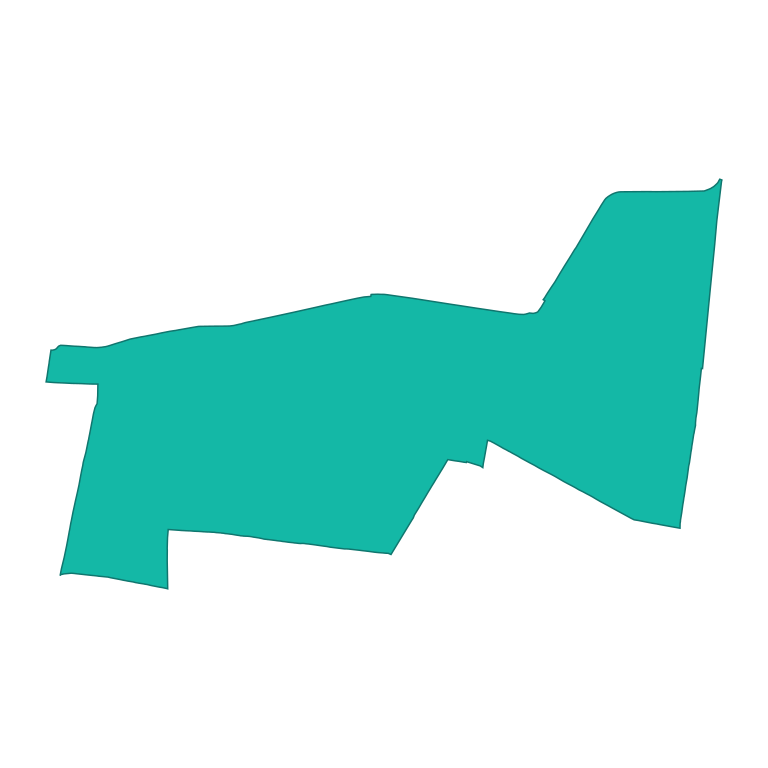 Iztacalco, Distrito Federal, Mexico (orthographic projection)
{"feature_id": "50627088B64976182761554", "entity_name": "Iztacalco", "entity_type": "district", "adm_level": 2, "iso_a3": "MEX", "parent_name": "Mexico", "parent_adm1": "Distrito Federal", "projection": "orthographic", "projection_center": [-99.097, 19.399], "detail": "fine", "context": "isolated", "style": "filled", "palette": "teal", "viewbox_px": 768, "rotation_deg": 0, "n_neighbors": 0, "source": "geoboundaries", "source_scale": "gbopen_adm2", "svg_char_len": 6033}
<svg xmlns="http://www.w3.org/2000/svg" viewBox="0 0 768 768"><path d="M721.9,180.0L719.8,179.2L719.0,180.5L718.4,181.7L717.8,182.7L716.9,183.7L715.5,185.0L714.3,186.1L713.3,186.9L712.5,187.3L711.6,187.9L710.8,188.4L709.7,188.9L708.5,189.4L707.1,189.9L705.6,190.5L704.7,190.8L704.2,191.0L688.1,191.4L656.4,191.7L647.2,191.6L621.5,191.8L620.9,191.8L618.6,192.0L616.8,192.4L614.3,193.2L612.0,194.2L609.8,195.5L608.1,196.6L605.9,198.4L604.6,200.0L601.3,205.1L598.8,209.3L592.8,219.0L592.0,220.4L585.1,232.2L576.7,246.5L576.3,247.2L575.6,248.3L574.8,249.3L572.6,252.9L570.6,256.2L567.1,261.8L564.4,266.1L561.6,270.7L560.0,273.3L558.6,275.7L555.0,281.8L553.1,284.6L551.2,287.4L548.4,291.7L546.6,294.5L545.7,296.0L544.8,297.5L543.2,299.7L544.8,300.6L545.0,300.8L541.2,307.2L537.7,312.0L535.5,312.9L533.2,313.4L529.4,313.0L528.6,313.3L525.4,314.2L523.2,314.5L522.6,314.4L521.7,314.4L519.0,314.3L514.0,313.7L510.2,313.1L500.1,311.7L486.7,309.7L477.2,308.3L459.0,305.5L452.3,304.5L412.5,298.3L390.5,295.2L387.0,294.7L384.5,294.4L379.5,294.3L377.9,294.2L375.3,294.3L371.7,294.4L371.1,294.5L370.8,296.4L363.9,297.0L357.5,298.2L345.8,300.7L339.0,302.2L331.4,303.9L325.5,305.1L315.0,307.5L308.3,309.0L293.5,312.3L270.5,317.3L245.3,322.6L242.9,323.3L242.2,323.5L241.6,323.8L239.8,324.1L233.8,325.5L229.7,326.0L225.7,326.1L211.8,326.2L198.6,326.4L191.5,327.6L187.6,328.3L180.3,329.6L179.5,329.7L175.4,330.5L174.5,330.6L169.8,331.3L161.6,332.9L156.1,334.1L141.7,336.8L141.4,336.8L135.6,338.0L135.0,338.1L130.1,339.1L126.4,340.3L124.9,340.8L123.0,341.4L121.1,342.0L119.7,342.4L115.4,343.7L109.8,345.5L107.5,346.2L105.4,346.7L103.1,347.0L101.3,347.3L100.8,347.3L98.6,347.5L96.9,347.6L96.4,347.6L93.3,347.5L92.3,347.4L89.3,347.2L87.6,347.1L85.0,346.8L83.0,346.7L81.5,346.6L78.8,346.4L74.2,346.2L70.0,345.9L66.5,345.6L62.9,345.4L60.7,345.3L58.9,346.0L58.0,346.8L57.0,348.0L55.6,349.3L53.8,349.9L52.2,350.2L51.0,350.1L49.3,361.2L49.1,363.1L48.5,366.7L47.1,376.2L46.1,381.9L53.3,382.5L57.2,382.7L62.0,382.9L66.6,383.1L72.1,383.4L77.1,383.5L81.2,383.6L85.4,383.8L90.2,384.0L97.9,384.1L97.7,395.7L97.1,403.7L96.1,405.4L95.0,407.7L93.8,412.4L93.4,414.1L92.0,421.7L91.7,423.1L90.3,430.6L90.1,431.7L88.8,438.3L88.6,439.5L88.2,441.0L86.1,451.4L85.8,452.8L83.5,461.3L83.1,463.1L82.8,465.3L81.8,469.9L80.7,475.6L80.4,477.3L79.0,485.0L77.4,492.4L76.0,498.5L75.6,500.2L73.5,509.9L73.1,511.6L71.3,520.9L70.8,523.1L69.8,528.9L69.2,531.9L68.9,533.6L67.8,539.6L66.6,545.9L64.2,557.4L61.4,568.9L60.1,575.7L60.6,574.7L63.9,573.9L71.2,573.2L73.7,573.4L78.0,573.9L81.8,574.3L85.3,574.7L89.0,575.1L92.8,575.5L94.0,575.6L96.8,575.9L98.7,576.2L101.0,576.4L104.0,576.7L105.0,576.8L108.2,577.1L109.2,577.4L109.5,577.4L110.0,577.6L113.1,578.2L118.9,579.3L119.3,579.4L120.0,579.5L123.7,580.3L125.5,580.6L126.9,580.9L127.9,581.1L128.6,581.2L132.2,581.8L133.4,582.0L135.2,582.5L135.7,582.6L137.5,582.9L139.1,583.2L139.8,583.3L143.6,583.9L145.0,584.2L147.1,584.5L150.7,585.4L152.1,585.7L154.7,586.2L155.7,586.4L159.2,587.1L162.4,587.6L166.6,588.5L167.7,588.8L167.4,571.1L167.2,560.6L167.3,550.0L167.2,548.6L167.5,537.8L168.2,529.5L179.4,530.3L181.7,530.5L184.1,530.6L185.5,530.7L187.8,530.8L190.5,530.9L194.0,531.2L196.4,531.3L198.7,531.4L201.8,531.6L203.9,531.8L204.6,531.8L205.9,531.9L206.8,531.9L207.1,532.0L207.7,532.0L208.1,532.0L209.0,532.0L210.6,532.1L212.0,532.2L214.3,532.3L215.6,532.5L216.4,532.6L218.0,532.7L219.3,532.8L220.8,532.9L221.8,533.1L223.3,533.2L224.2,533.4L225.4,533.6L226.8,533.7L227.7,533.8L229.2,534.0L229.9,534.1L231.9,534.3L232.4,534.4L234.7,534.8L235.2,534.9L237.8,535.3L239.3,535.5L240.6,535.8L242.2,535.9L243.7,536.1L245.9,536.2L246.4,536.2L248.3,536.3L249.2,536.4L250.2,536.5L252.0,536.8L253.4,537.1L254.8,537.3L255.5,537.4L257.4,537.7L258.8,537.9L260.7,538.3L262.5,538.7L264.0,539.1L266.9,539.4L267.2,539.5L267.4,539.5L268.0,539.5L268.3,539.6L268.6,539.6L276.5,540.6L276.8,540.7L280.7,541.1L282.1,541.4L283.7,541.6L284.1,541.6L288.3,542.2L291.1,542.5L293.1,542.7L293.7,542.8L294.1,542.9L296.4,543.1L297.3,543.2L297.9,543.3L298.8,543.4L300.4,543.5L302.5,543.4L304.3,543.5L305.5,543.7L307.3,543.9L307.8,543.9L310.0,544.2L312.4,544.5L315.3,544.9L319.4,545.5L323.6,546.1L326.8,546.5L329.8,547.1L344.4,548.9L345.8,548.9L348.2,549.0L358.9,550.2L362.0,550.6L365.5,551.0L368.8,551.4L371.7,551.8L374.6,552.2L377.4,552.5L379.6,552.7L382.5,552.9L385.6,553.2L388.2,553.3L391.0,554.5L411.8,520.2L413.1,518.2L413.8,516.6L414.2,515.3L418.6,508.2L419.3,507.0L422.1,502.2L424.9,497.6L428.2,492.0L430.1,488.9L431.7,486.2L433.9,482.7L434.6,481.5L436.1,479.0L439.0,474.3L440.5,471.8L442.0,469.4L443.5,466.9L445.1,464.2L446.2,462.3L447.8,459.6L452.5,460.4L455.6,460.9L458.7,461.3L461.7,461.8L463.9,462.2L464.7,462.3L465.6,462.4L466.4,462.5L466.7,461.6L468.0,462.1L480.2,465.9L482.8,467.6L483.3,463.6L484.5,457.4L485.0,454.5L485.2,453.5L485.8,450.0L486.5,446.2L487.5,440.3L490.6,441.2L491.2,441.6L494.3,443.2L494.8,443.5L497.7,445.1L500.7,446.8L501.2,447.1L503.4,448.4L505.0,449.2L506.2,449.8L509.0,451.4L509.6,451.6L512.2,453.1L513.3,453.7L515.2,454.7L517.2,455.8L517.8,456.1L521.4,458.3L526.0,460.8L530.4,463.2L530.8,463.4L534.6,465.4L538.7,467.8L543.7,470.5L547.8,472.6L551.5,474.5L555.0,476.4L563.7,481.5L568.0,483.8L571.5,485.6L575.0,487.5L578.9,489.8L583.0,491.8L586.3,493.6L589.6,495.3L592.5,496.9L596.3,499.2L597.9,500.1L600.3,501.5L604.4,503.7L608.3,505.8L612.6,508.2L623.8,514.3L631.1,518.3L634.1,519.8L638.5,520.5L645.5,521.9L652.7,523.3L656.6,523.9L660.0,524.6L667.1,525.9L674.3,527.2L680.0,528.2L680.1,523.4L680.4,521.8L680.5,520.1L681.7,512.8L682.8,504.7L683.5,500.6L683.9,497.6L684.1,496.8L684.9,491.7L685.3,488.9L685.6,486.5L686.6,480.7L687.1,478.0L688.7,466.0L689.4,462.9L690.3,456.8L690.9,452.3L691.2,450.7L691.6,448.4L691.8,446.3L692.4,442.8L693.4,436.3L693.7,434.3L694.0,433.3L694.6,429.8L695.5,425.5L695.5,423.0L695.9,418.1L696.8,412.7L697.2,409.1L698.1,400.1L699.0,390.5L699.0,389.9L699.3,387.1L700.5,376.9L701.4,368.4L702.5,368.6L710.3,288.7L714.7,244.6L716.8,220.8L721.5,181.6L721.9,180.0Z" fill="#14b8a6" stroke="#0f766e" stroke-width="1.5"/></svg>